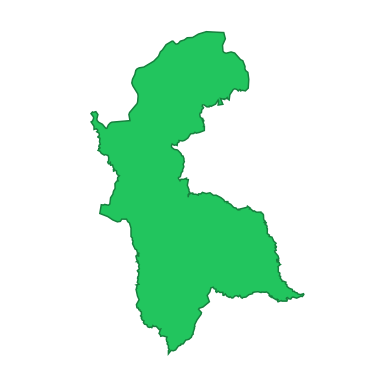 outline of Tsana-Talana, Mafeteng, Lesotho, rotated 171°
{"feature_id": "5366337B43460203285745", "entity_name": "Tsana-Talana", "entity_type": "district", "adm_level": 2, "iso_a3": "LSO", "parent_name": "Lesotho", "parent_adm1": "Mafeteng", "projection": "robinson", "projection_center": [27.304, -29.791], "detail": "fine", "context": "isolated", "style": "filled", "palette": "green", "viewbox_px": 384, "rotation_deg": 171, "n_neighbors": 0, "source": "geoboundaries", "source_scale": "gbopen_adm2", "svg_char_len": 6018}
<svg xmlns="http://www.w3.org/2000/svg" viewBox="0 0 384 384"><g transform="rotate(171 192 192)"><path d="M277.8,286.6L279.5,285.2L277.6,281.6L277.6,280.3L279.1,277.7L280.7,277.0L278.5,272.2L279.0,269.1L276.6,269.4L275.5,268.0L275.5,267.2L276.7,266.4L274.7,264.8L274.5,263.3L275.0,261.9L276.2,261.5L276.3,260.8L274.5,259.5L275.5,256.1L275.1,253.4L276.3,252.9L276.9,251.6L276.0,250.1L276.3,249.5L277.3,249.6L277.4,248.7L278.3,247.8L276.5,246.6L275.5,244.4L272.9,242.2L271.6,242.5L269.2,241.2L268.9,238.9L269.6,235.6L270.6,234.8L270.1,233.1L269.5,232.7L268.0,233.8L268.2,231.2L266.2,231.1L266.0,228.6L265.0,226.3L266.1,226.4L266.2,224.9L264.5,225.3L263.3,224.7L263.4,222.0L262.7,220.5L261.2,219.4L263.1,218.0L263.6,216.2L263.2,214.6L264.5,214.6L266.8,212.3L267.4,207.5L269.4,205.1L270.5,202.2L273.3,199.1L275.0,193.0L276.6,192.0L280.2,193.4L281.6,193.0L283.6,193.6L286.4,185.2L279.0,180.9L274.6,176.8L270.4,174.2L267.4,174.2L265.6,176.2L260.9,175.4L260.1,172.8L258.6,171.2L257.9,165.8L259.2,157.5L258.1,156.0L258.5,153.9L257.9,152.9L258.8,150.2L257.1,144.5L255.8,143.6L255.4,140.7L254.2,139.9L255.6,139.3L254.4,138.2L254.7,137.0L256.4,138.0L257.4,137.5L257.1,133.4L256.4,132.5L257.5,131.9L256.2,131.6L256.0,130.8L256.5,130.5L255.4,128.4L256.4,127.0L256.0,124.4L258.3,122.8L257.9,121.6L257.2,121.5L257.2,120.4L258.2,116.8L258.8,116.7L259.1,115.9L259.3,114.9L258.7,114.5L260.2,111.3L258.9,109.2L261.6,108.9L260.9,108.3L261.1,107.4L261.7,106.4L261.6,105.5L262.5,104.8L262.1,97.7L261.1,93.9L264.5,89.5L264.5,86.7L264.2,86.0L263.3,85.9L262.8,83.9L262.0,83.8L261.7,82.3L260.8,81.6L261.1,78.8L262.2,77.7L261.1,76.3L261.8,75.5L261.2,73.4L259.6,72.2L260.4,70.6L259.6,68.9L257.4,68.0L256.9,65.9L255.4,64.9L253.8,65.0L252.9,64.3L251.5,66.2L250.8,65.2L248.3,64.9L245.9,61.2L244.4,61.5L246.7,57.4L245.7,56.1L245.5,54.4L243.3,54.5L239.4,52.6L240.4,50.8L240.3,48.2L239.5,47.4L240.3,45.8L239.3,44.1L239.8,41.5L239.0,40.1L240.1,39.1L240.6,35.9L237.5,38.8L235.3,38.1L232.9,38.6L229.5,42.1L227.2,42.4L226.9,43.4L224.4,43.4L221.4,46.7L218.1,47.0L215.3,48.7L214.5,50.4L213.0,51.5L213.1,52.6L210.8,57.2L210.9,58.1L210.2,58.6L210.2,60.4L207.1,64.8L202.2,69.8L201.5,71.5L203.9,75.2L203.0,76.1L199.1,76.7L192.0,80.9L193.2,87.5L190.0,90.6L188.4,94.3L186.0,94.7L185.2,92.9L183.5,92.2L184.1,89.9L183.3,89.0L181.8,90.0L180.1,88.4L177.3,88.1L177.5,85.2L176.7,84.9L175.0,86.1L174.0,83.9L171.7,82.1L170.7,82.6L169.4,81.2L168.2,81.0L165.8,82.6L163.9,82.6L162.6,81.3L161.0,82.4L159.9,80.0L158.9,79.3L158.2,79.9L155.1,79.8L151.9,81.7L148.1,82.1L147.7,83.2L145.7,83.4L142.3,83.2L139.5,81.9L138.8,82.3L135.3,81.5L134.3,81.8L132.4,80.1L131.5,78.4L132.0,77.6L130.4,75.9L130.2,76.9L129.4,76.7L128.9,75.1L125.7,72.4L124.8,72.9L123.9,72.2L124.6,71.2L124.2,70.1L120.8,70.8L120.3,70.2L115.4,69.4L114.8,70.5L115.5,72.1L115.0,72.7L114.0,72.8L113.5,71.5L111.2,70.8L109.9,72.2L108.7,72.5L105.2,70.8L100.8,72.0L99.4,71.5L97.6,73.2L97.8,74.1L100.8,73.7L103.2,74.6L104.0,76.0L105.8,76.7L106.4,77.9L108.0,78.1L108.2,80.1L111.0,81.7L113.0,83.9L112.8,85.5L114.0,86.7L113.3,88.2L115.9,89.7L116.8,89.6L117.2,91.4L118.3,92.9L117.7,94.8L118.8,95.5L117.9,98.1L119.3,99.6L118.6,103.5L118.8,104.9L116.0,106.6L116.8,107.1L116.9,108.6L118.6,109.6L117.4,110.0L117.1,110.9L119.0,111.1L118.9,112.1L117.2,112.1L116.7,112.7L117.0,115.3L119.5,119.6L119.6,120.8L118.0,121.2L118.6,123.9L118.4,124.5L117.5,124.1L117.2,124.8L118.4,126.8L117.0,128.2L118.9,130.5L120.1,134.9L122.7,136.0L122.3,137.3L124.2,139.2L123.3,144.0L123.8,144.9L123.3,146.1L123.5,147.4L124.7,148.4L123.5,150.1L124.0,150.5L124.8,149.9L125.5,150.7L124.3,151.7L125.5,153.5L125.0,158.3L125.8,159.9L127.2,160.9L127.1,161.4L131.4,161.9L133.6,163.7L134.5,163.4L136.5,165.9L137.8,166.4L137.1,167.1L139.4,169.3L139.6,168.6L141.0,168.2L147.2,167.7L147.5,167.1L148.3,167.7L148.6,167.0L149.8,167.4L150.9,169.2L153.3,170.2L155.6,173.7L158.1,175.6L158.1,176.5L158.9,176.2L158.6,177.0L161.3,177.4L161.8,179.2L164.3,181.9L168.7,185.1L171.3,185.3L174.3,188.4L178.2,188.2L181.8,190.0L183.5,188.8L185.9,189.1L186.3,188.0L188.6,189.2L191.3,189.6L191.2,190.6L191.9,191.0L194.5,190.6L196.0,189.4L196.6,187.4L196.3,189.8L194.2,192.0L194.9,193.3L194.6,194.8L195.6,199.3L193.7,204.8L195.5,205.3L195.3,206.5L198.3,205.8L200.9,206.3L202.1,205.0L203.3,207.5L203.1,208.4L201.1,209.0L199.6,212.6L197.9,214.1L197.9,215.4L196.1,218.2L196.4,220.9L194.8,223.2L195.1,224.9L194.7,225.8L195.2,228.9L196.4,229.4L196.9,231.7L199.3,235.2L200.2,236.0L202.8,236.8L205.1,239.3L205.1,240.8L204.1,242.5L202.3,241.0L200.4,241.0L199.4,240.3L198.7,242.7L196.9,243.5L196.8,244.9L193.4,243.9L191.2,244.2L187.7,245.9L184.3,249.7L181.1,249.5L179.8,250.5L178.7,249.5L175.3,249.7L170.2,250.8L169.5,254.8L170.4,254.9L169.6,256.5L170.2,259.5L169.7,259.7L170.2,260.4L169.5,260.8L170.1,261.2L169.7,261.4L170.2,261.9L169.8,262.0L170.0,263.0L170.7,262.9L172.2,264.9L172.2,267.5L171.7,268.6L170.3,268.9L169.4,272.0L167.9,272.8L167.4,273.8L168.5,274.9L168.0,276.4L166.5,276.2L164.0,273.8L161.8,273.4L161.6,274.1L160.6,274.2L159.8,273.6L155.0,275.1L151.8,278.8L151.5,277.6L152.6,273.8L147.8,273.8L149.2,279.9L145.6,278.4L145.6,279.0L143.9,278.7L142.5,279.8L142.0,278.2L140.9,277.1L139.4,282.2L135.3,286.7L133.6,287.3L131.6,286.2L130.5,284.6L128.9,285.8L128.2,285.5L128.2,284.3L126.4,284.6L123.5,283.5L120.2,285.8L118.3,294.4L118.1,301.4L120.0,303.5L120.5,305.4L120.0,307.7L121.3,313.7L123.4,315.2L128.1,322.6L131.5,324.2L136.8,323.7L138.8,325.1L139.4,326.4L138.9,332.2L135.1,338.1L135.7,344.5L152.8,348.1L160.9,347.0L167.2,344.5L172.6,345.1L175.8,343.4L179.9,342.8L182.3,340.8L183.9,340.5L185.0,340.8L187.2,344.0L188.2,344.1L194.5,341.6L199.0,336.9L201.3,335.4L203.9,331.2L209.3,327.2L220.1,322.9L224.7,322.9L227.0,322.2L228.5,320.9L230.0,317.1L233.1,312.7L234.4,309.1L233.8,306.1L230.2,297.5L230.2,295.2L231.5,289.9L232.3,288.0L241.2,280.3L242.2,278.4L242.1,272.2L260.2,273.5L261.9,273.0L264.1,271.3L266.2,268.2L267.2,268.4L269.9,272.9L273.3,275.5L274.5,277.4L274.6,279.0L272.8,283.2L274.4,286.4L277.3,286.1L277.8,286.6Z" fill="#22c55e" stroke="#15803d" stroke-width="1.5"/></g></svg>